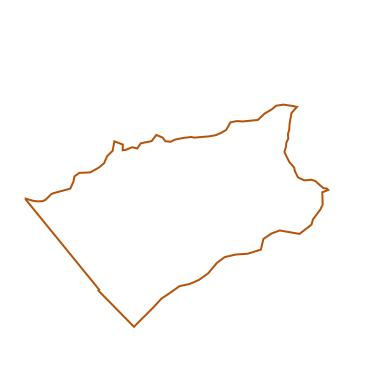 the district of Akrounta, Limassol, Cyprus, rotated 230°
{"feature_id": "46923920B9676059299864", "entity_name": "Akrounta", "entity_type": "district", "adm_level": 2, "iso_a3": "CYP", "parent_name": "Cyprus", "parent_adm1": "Limassol", "projection": "equal_earth", "projection_center": [33.086, 34.766], "detail": "fine", "context": "isolated", "style": "outline", "palette": "amber", "viewbox_px": 384, "rotation_deg": 230, "n_neighbors": 0, "source": "geoboundaries", "source_scale": "gbopen_adm2", "svg_char_len": 1370}
<svg xmlns="http://www.w3.org/2000/svg" viewBox="0 0 384 384"><g transform="rotate(230 192 192)"><path d="M176.6,56.9L126.1,60.9L128.5,88.8L130.0,100.2L129.1,107.6L127.9,121.9L122.9,131.4L120.2,140.8L119.3,152.1L121.7,165.5L121.1,175.2L116.0,185.3L108.9,195.0L103.6,207.7L110.1,216.5L109.2,225.9L106.2,234.4L98.2,241.2L90.8,247.4L90.2,262.6L93.2,266.9L96.1,279.2L98.5,284.1L108.0,291.6L106.0,297.7L107.9,297.5L110.5,295.2L115.6,294.3L121.2,293.5L124.8,291.2L127.1,287.7L128.8,285.5L134.3,282.9L135.8,282.7L142.0,284.3L145.1,286.0L152.4,285.8L163.3,288.5L166.1,292.8L169.1,295.9L171.0,300.0L174.4,302.6L175.0,303.1L177.1,306.4L181.6,310.7L183.9,313.4L188.5,318.9L189.3,323.8L189.7,327.1L192.8,324.7L200.1,318.3L204.0,311.9L204.0,306.6L205.4,298.0L204.9,288.7L213.5,276.1L217.4,272.1L220.6,266.3L217.6,258.0L218.6,252.5L220.2,246.8L223.7,240.8L232.1,228.8L234.6,226.8L238.7,220.6L242.9,213.0L244.3,207.8L248.1,204.2L252.6,204.5L258.1,201.6L258.7,201.3L258.3,199.9L256.9,193.8L260.0,188.2L262.2,184.1L260.6,178.0L264.7,175.0L267.0,168.0L268.6,165.7L272.8,169.5L280.4,165.3L280.7,165.1L274.6,157.7L274.0,150.1L270.6,143.2L270.6,136.4L272.5,126.5L279.1,118.0L279.5,112.0L276.2,107.9L272.8,100.9L280.4,84.6L280.8,82.0L280.4,78.5L280.2,74.7L281.0,71.6L284.5,67.2L287.6,64.5L293.8,60.3L293.1,59.8L176.9,58.1L176.6,56.9Z" fill="none" stroke="#b45309" stroke-width="2"/></g></svg>